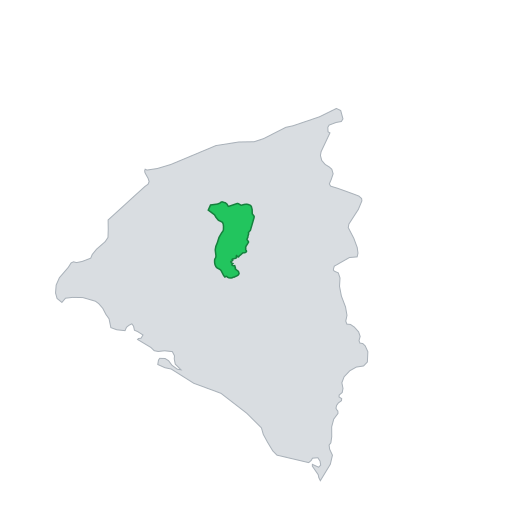 location of Boaco within Nicaragua, rotated 118°
{"feature_id": "NIC-668", "entity_name": "Boaco", "entity_type": "Department", "adm_level": 1, "iso_a3": "NIC", "parent_name": "Nicaragua", "parent_adm1": "", "projection": "mercator", "projection_center": [-85.423, 12.417], "detail": "fine", "context": "in_parent", "style": "filled", "palette": "green", "viewbox_px": 512, "rotation_deg": 118, "n_neighbors": 0, "source": "natural_earth", "source_scale": "10m", "svg_char_len": 4339}
<svg xmlns="http://www.w3.org/2000/svg" viewBox="0 0 512 512"><g transform="rotate(118 256 256)"><path d="M424.2,93.7L422.2,96.5L419.9,98.4L415.1,107.6L413.5,108.4L413.1,101.6L410.3,100.7L407.0,103.2L405.1,106.7L408.0,111.2L410.6,111.3L413.7,112.5L422.0,144.0L420.2,149.7L415.0,158.4L410.1,165.8L405.2,170.5L399.2,190.3L393.7,222.4L397.6,251.2L395.6,277.8L397.4,284.0L397.9,291.8L393.8,293.2L391.6,293.0L389.2,288.2L389.5,284.0L391.9,279.0L392.9,272.3L391.7,268.8L389.4,276.5L385.2,279.9L382.4,281.1L379.7,285.0L382.6,292.2L386.2,297.5L387.4,301.4L386.1,305.9L385.3,321.4L384.0,321.0L382.6,318.9L378.8,318.7L378.3,325.0L378.6,328.5L375.4,331.2L374.2,333.8L376.9,335.7L379.8,336.9L383.4,336.6L386.5,344.3L387.4,350.5L380.4,356.3L378.1,361.0L374.1,366.8L371.9,372.5L371.3,376.5L374.0,389.4L378.7,398.6L382.7,404.4L388.1,405.6L386.9,411.7L382.8,415.6L375.5,418.8L367.4,419.4L354.2,416.4L348.9,416.0L346.8,414.4L346.1,411.4L342.4,406.9L335.5,400.9L331.5,401.3L324.9,400.0L314.1,395.9L309.1,395.4L302.0,398.9L293.6,403.5L273.5,396.3L259.4,391.3L246.7,386.7L243.3,385.0L240.5,385.3L238.1,387.7L235.4,391.9L234.5,393.2L233.0,394.3L231.4,394.6L231.3,392.6L225.1,384.2L215.2,374.2L177.3,343.2L163.4,324.7L156.0,311.3L148.8,304.4L128.4,290.1L123.7,284.5L103.4,265.4L88.0,254.3L87.8,249.5L94.1,243.6L97.2,243.8L100.6,248.1L106.1,252.9L108.7,253.0L112.5,250.7L112.6,248.5L133.3,247.5L137.0,246.3L140.8,242.8L142.7,237.9L143.0,233.1L143.8,229.8L147.2,226.5L153.2,225.5L157.9,225.1L159.3,222.9L157.9,215.7L155.4,198.2L154.8,193.3L155.7,189.7L157.6,188.4L166.8,187.5L184.2,189.0L187.6,187.9L194.5,177.9L201.0,170.6L205.6,167.3L209.3,166.3L213.5,172.8L228.2,182.1L230.7,181.6L232.1,181.1L232.6,179.7L232.3,175.4L236.0,171.5L243.6,168.0L251.3,161.8L259.0,153.0L265.7,147.8L271.3,146.2L273.5,143.8L272.1,140.5L272.6,135.8L274.8,129.8L278.1,126.3L282.4,125.3L284.1,123.4L283.2,120.6L284.1,117.4L288.0,112.3L297.3,107.9L302.6,109.4L307.0,115.3L313.3,119.3L321.3,121.5L327.6,120.7L332.1,117.0L336.1,115.8L339.7,117.3L341.5,116.5L341.7,113.4L343.6,112.6L347.1,114.3L350.2,114.7L352.9,113.9L353.9,112.4L354.5,110.9L356.5,109.7L363.5,110.8L371.3,109.0L380.0,104.3L385.8,102.2L388.6,102.7L392.0,100.3L396.0,95.0L405.0,92.6L424.2,93.7Z" fill="#d9dde1" stroke="#a8b0b8" stroke-width="1"/><path d="M256.5,266.5L256.9,266.6L257.6,266.8L258.3,267.4L258.9,268.2L259.2,268.9L259.7,269.2L262.2,270.1L263.6,270.8L264.8,270.9L265.3,271.3L265.2,271.5L264.8,273.4L265.3,273.4L266.6,272.6L267.4,272.7L269.7,275.4L270.2,275.5L270.4,274.7L270.7,274.5L271.4,274.7L272.1,275.2L272.5,275.5L273.0,275.5L273.3,275.0L273.5,274.4L273.6,273.7L273.5,272.9L274.8,273.3L275.4,272.7L275.3,271.5L274.5,270.3L275.5,269.4L275.8,269.2L275.7,269.0L276.3,268.5L276.9,268.1L277.1,268.2L277.4,267.0L277.7,264.9L278.1,264.0L279.5,262.7L280.9,262.7L282.3,263.4L284.5,265.1L284.8,265.2L285.4,266.2L286.1,266.5L286.5,266.9L287.0,267.5L287.6,268.7L288.0,269.7L288.1,271.1L287.8,272.3L287.9,272.6L288.0,272.9L288.8,273.3L289.2,273.7L288.3,275.6L285.4,279.8L285.1,280.4L284.9,281.0L284.8,281.9L284.8,284.7L284.6,285.5L284.2,286.4L283.0,288.0L282.1,288.8L281.0,289.6L278.9,290.7L277.8,290.9L277.3,290.9L276.6,290.8L275.8,291.0L274.7,291.4L270.3,294.5L269.4,295.0L266.3,296.0L262.3,296.4L257.0,297.4L253.8,297.3L251.6,297.2L249.8,296.9L248.9,296.9L247.9,297.2L245.1,298.6L243.1,300.0L242.8,300.4L242.2,301.2L242.0,301.6L242.0,302.0L242.0,303.9L242.1,305.3L242.1,305.8L242.0,306.3L240.5,309.8L240.4,309.9L240.3,310.0L240.2,310.2L239.5,311.3L239.1,312.0L237.9,319.7L232.3,320.1L228.3,314.5L226.3,312.7L225.1,312.3L224.5,311.8L224.1,311.3L223.9,310.7L223.8,309.6L223.4,308.1L223.8,306.0L225.0,304.1L225.1,303.7L225.0,303.4L218.4,297.2L218.2,296.8L218.1,296.3L218.1,295.0L218.2,293.5L218.2,293.0L217.9,292.6L216.0,290.6L215.1,289.3L214.6,288.4L214.2,287.3L213.9,284.8L214.4,283.4L216.6,281.4L217.0,281.1L220.5,279.1L221.8,276.3L223.1,275.7L236.0,273.0L237.0,273.3L238.2,273.5L238.6,273.7L238.8,273.7L239.1,273.6L240.0,272.8L240.9,272.7L242.4,272.4L243.1,272.0L243.5,272.0L244.9,271.9L245.3,271.9L245.6,271.8L245.9,271.4L246.8,269.5L246.9,269.4L247.1,269.2L247.3,269.1L247.5,269.1L252.3,269.4L253.1,269.3L253.5,269.1L253.7,268.8L253.9,268.7L254.5,268.5L254.8,268.4L255.1,268.2L255.3,268.0L255.5,267.7L255.7,267.4L255.8,267.1L255.9,266.9L256.5,266.5Z" fill="#22c55e" stroke="#15803d" stroke-width="1.5"/></g></svg>